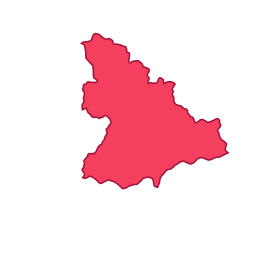 Nabawan / Persiangan, Sabah, Malaysia, rotated 222°
{"feature_id": "92858781B57526539682129", "entity_name": "Nabawan / Persiangan", "entity_type": "district", "adm_level": 2, "iso_a3": "MYS", "parent_name": "Malaysia", "parent_adm1": "Sabah", "projection": "orthographic", "projection_center": [116.509, 4.704], "detail": "fine", "context": "isolated", "style": "filled", "palette": "rose", "viewbox_px": 256, "rotation_deg": 222, "n_neighbors": 0, "source": "geoboundaries", "source_scale": "gbopen_adm2", "svg_char_len": 4019}
<svg xmlns="http://www.w3.org/2000/svg" viewBox="0 0 256 256"><g transform="rotate(222 128 128)"><path d="M36.9,176.6L37.0,176.6L40.4,176.4L41.2,176.9L41.8,177.7L43.4,180.7L44.1,182.2L45.5,182.4L47.3,182.3L49.0,182.1L50.9,182.0L52.9,182.3L54.7,183.3L55.9,184.0L57.2,185.1L59.5,185.7L60.1,186.8L60.2,188.6L60.3,190.8L61.2,192.4L62.4,192.8L64.2,193.5L65.0,195.0L66.3,195.2L67.7,194.9L68.8,193.3L69.4,191.1L69.8,190.2L71.6,187.0L72.3,185.5L74.5,185.1L76.0,184.9L77.9,184.3L79.1,183.5L79.9,181.9L80.2,179.6L80.4,178.1L81.8,177.2L83.3,177.5L84.9,178.5L86.2,179.1L87.7,179.0L88.9,178.4L91.1,178.7L93.7,179.2L94.7,179.9L95.6,180.9L97.6,181.0L98.7,180.1L100.8,179.7L102.6,180.0L103.8,179.6L106.2,178.3L108.3,177.6L109.9,177.7L111.4,178.4L113.0,179.6L114.1,181.1L115.2,181.7L116.8,182.2L118.0,183.0L118.3,184.2L118.7,185.6L120.0,185.7L121.4,186.6L121.6,187.5L122.1,191.0L122.4,192.1L123.3,192.4L125.0,192.0L126.2,191.4L127.4,190.8L128.7,189.8L129.6,188.5L130.4,186.8L130.8,185.1L131.9,185.5L132.3,186.0L133.8,187.5L135.8,187.4L136.8,187.3L137.9,186.7L138.2,185.9L138.1,184.8L137.6,183.9L136.7,181.6L137.1,180.3L138.7,178.6L140.0,177.5L141.1,177.2L141.9,176.4L142.3,174.7L143.3,174.9L144.0,175.9L144.8,177.9L145.7,179.2L147.8,179.8L148.7,179.5L149.7,181.0L149.9,183.1L150.4,184.5L151.2,185.5L152.5,185.7L154.0,185.3L154.9,185.0L156.4,184.3L157.5,183.7L158.4,184.0L159.6,184.8L160.6,185.1L161.9,185.1L163.7,185.0L165.5,184.8L166.9,183.4L167.5,182.8L168.7,181.3L169.4,179.8L169.9,177.9L171.1,177.6L172.5,178.4L173.6,180.1L175.5,183.0L176.9,184.6L178.2,184.2L179.8,183.8L181.8,185.7L184.0,186.8L185.1,186.5L186.1,185.5L187.5,185.3L188.8,184.8L190.8,183.9L192.3,182.9L193.7,181.8L194.7,180.9L197.0,181.7L198.0,182.6L199.1,182.5L200.6,182.2L201.2,182.2L201.4,182.2L202.2,181.5L202.9,180.2L204.4,179.0L207.0,178.3L208.1,178.3L210.8,178.3L212.7,177.9L214.2,177.2L215.3,176.5L216.1,175.1L216.0,173.7L215.1,171.2L214.2,169.5L214.2,168.4L214.7,166.8L215.7,165.3L216.6,164.2L217.9,162.9L218.6,162.0L219.1,160.8L219.1,159.6L216.8,160.6L215.6,160.1L214.5,159.5L211.5,157.2L209.0,155.2L208.6,154.3L207.8,153.5L206.9,152.7L205.7,151.7L204.5,151.7L203.2,151.5L201.5,151.2L195.8,150.8L193.1,148.3L190.5,145.6L189.3,144.3L188.2,143.4L187.0,142.4L183.1,142.9L181.8,141.7L182.8,140.1L184.9,138.0L187.0,136.7L188.3,135.8L189.0,134.8L188.9,134.1L188.5,132.2L189.7,131.5L189.7,129.7L188.5,128.6L188.1,127.2L187.3,126.1L186.4,125.7L184.8,125.4L184.1,125.1L182.2,122.8L181.7,121.2L180.7,120.0L179.6,119.4L178.4,118.1L178.0,116.2L177.6,114.5L176.6,113.4L175.5,112.4L174.2,111.0L172.3,114.8L169.7,113.5L168.3,112.8L166.9,112.7L165.0,112.8L163.9,112.8L163.3,112.3L161.8,112.3L159.8,113.8L158.4,115.2L157.4,115.4L155.7,115.9L155.5,116.9L155.2,117.8L154.3,118.1L154.0,119.1L153.8,120.9L152.9,122.3L151.3,122.8L150.0,122.6L147.9,122.6L144.0,120.8L143.8,119.0L143.8,117.1L143.1,115.5L143.3,114.1L143.5,113.1L142.9,111.9L140.2,110.7L140.1,109.7L139.5,108.0L139.2,106.2L138.6,104.8L137.8,103.2L137.7,100.4L136.7,98.5L137.2,97.0L137.5,95.9L137.5,94.4L137.2,93.1L136.9,91.6L136.4,91.2L135.9,89.1L135.9,88.7L136.1,87.5L136.0,86.6L137.1,85.6L137.5,84.8L138.6,83.9L139.8,83.1L139.9,81.0L139.1,80.4L139.1,79.2L139.2,77.6L139.0,75.0L138.7,73.8L137.3,73.0L136.1,72.1L135.8,70.5L135.1,69.5L134.2,68.6L134.7,67.7L134.3,66.4L132.0,65.3L129.8,65.0L128.9,63.9L128.7,62.4L128.5,60.8L127.3,61.2L126.6,61.5L125.3,63.3L124.3,66.6L121.7,67.7L117.8,68.2L114.9,68.1L112.8,67.9L111.0,68.6L109.3,73.0L108.0,76.2L102.3,78.8L97.5,79.5L93.7,79.4L91.5,79.2L89.5,81.7L88.3,85.7L85.5,90.2L83.6,92.3L83.0,96.8L83.0,100.6L81.0,104.2L78.1,106.2L75.7,106.5L73.9,105.8L72.5,104.5L70.3,102.9L69.0,102.6L66.3,103.6L66.9,105.7L67.5,106.7L68.5,109.3L69.6,110.6L70.9,113.6L71.1,122.0L70.4,123.9L68.7,126.3L68.2,129.1L68.2,131.7L67.1,134.6L66.5,137.8L64.5,140.6L62.0,141.3L59.3,142.2L57.1,143.4L55.7,146.8L55.8,149.4L55.6,151.6L54.4,154.2L52.8,155.8L48.6,157.2L46.7,158.0L45.3,159.8L43.9,163.3L43.1,164.9L40.5,167.7L39.7,170.0L36.9,176.6Z" fill="#f43f5e" stroke="#9f1239" stroke-width="1.5"/></g></svg>